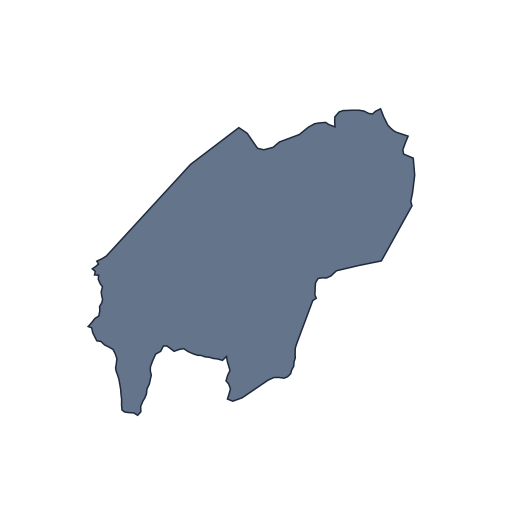 outline of Caraúbas, Paraíba, Brazil, rotated 242°
{"feature_id": "56859067B97216442550612", "entity_name": "Caraúbas", "entity_type": "district", "adm_level": 2, "iso_a3": "BRA", "parent_name": "Brazil", "parent_adm1": "Paraíba", "projection": "natural_earth1", "projection_center": [-36.523, -7.775], "detail": "fine", "context": "isolated", "style": "filled", "palette": "slate", "viewbox_px": 512, "rotation_deg": 242, "n_neighbors": 0, "source": "geoboundaries", "source_scale": "gbopen_adm2", "svg_char_len": 2006}
<svg xmlns="http://www.w3.org/2000/svg" viewBox="0 0 512 512"><g transform="rotate(242 256 256)"><path d="M326.2,123.7L325.9,118.5L326.2,113.0L322.9,113.2L322.0,109.6L321.5,105.4L317.8,106.9L315.1,104.5L312.9,108.0L309.5,105.8L304.6,105.4L300.9,106.0L296.9,102.4L293.0,101.0L289.8,100.2L287.0,97.8L284.9,94.2L280.7,92.2L276.8,89.0L276.5,84.5L274.3,79.6L272.5,74.7L269.7,77.2L264.8,75.8L255.9,75.6L253.3,79.0L248.5,80.6L244.6,83.4L240.6,85.9L235.6,85.8L230.8,85.0L226.9,82.4L223.0,79.4L219.8,78.4L216.5,78.0L211.5,77.1L205.4,75.1L201.3,73.7L197.8,72.1L192.6,70.1L187.5,67.3L183.0,65.4L180.0,66.7L177.4,70.2L174.9,74.4L170.9,76.7L172.5,81.2L177.4,83.6L180.8,87.8L182.9,91.2L185.5,94.4L189.9,97.4L193.1,101.8L196.7,104.8L199.9,107.6L204.3,108.8L207.6,110.7L211.7,115.2L216.5,121.3L216.6,127.1L220.0,131.9L218.4,135.1L214.7,136.9L210.3,138.9L209.5,144.5L208.1,148.7L203.6,151.1L199.0,154.7L195.7,157.9L194.0,160.9L191.0,163.5L188.4,167.4L185.9,169.8L182.9,174.0L179.6,177.4L181.1,182.8L176.5,181.2L172.0,180.3L167.2,179.3L163.8,174.8L159.8,170.9L155.8,171.8L150.6,171.0L146.4,167.0L143.1,163.6L138.7,167.3L137.3,177.2L140.7,208.3L140.3,214.7L138.1,219.1L134.9,223.5L134.6,227.3L135.8,231.3L138.7,234.1L140.9,237.5L144.7,239.9L147.6,242.9L150.7,244.3L156.2,247.4L159.6,250.9L190.0,285.2L190.4,289.4L194.0,289.7L197.8,292.0L200.7,293.6L204.5,296.1L207.0,300.3L205.7,304.1L203.5,307.9L203.2,312.8L205.2,320.1L199.5,341.8L192.8,364.4L227.1,417.3L231.5,418.3L238.3,423.9L252.9,434.1L268.6,440.8L271.5,438.4L276.7,434.2L280.8,435.5L285.9,441.1L290.4,446.6L299.5,437.9L302.5,436.1L306.4,434.7L309.6,433.8L319.0,434.1L327.5,435.1L327.7,429.6L326.7,425.5L329.1,422.3L333.2,419.5L336.3,415.5L339.0,410.5L343.5,401.2L344.2,397.0L341.8,390.9L338.0,388.7L333.0,386.4L337.7,382.1L341.3,380.2L343.9,374.0L345.3,369.8L345.1,362.4L342.9,351.3L345.7,330.3L344.9,326.5L343.9,322.3L346.1,312.8L350.4,307.9L368.6,305.8L377.4,301.1L367.6,241.2L331.4,138.5L326.2,123.7Z" fill="#64748b" stroke="#1e293b" stroke-width="1.5"/></g></svg>